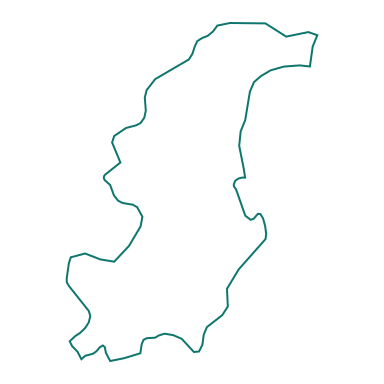 the Province of Como
{"feature_id": "ITA-5452", "entity_name": "Como", "entity_type": "Province", "adm_level": 1, "iso_a3": "ITA", "parent_name": "Italy", "parent_adm1": "", "projection": "robinson", "projection_center": [9.13, 45.942], "detail": "fine", "context": "isolated", "style": "outline", "palette": "teal", "viewbox_px": 384, "rotation_deg": 0, "n_neighbors": 0, "source": "natural_earth", "source_scale": "10m", "svg_char_len": 1473}
<svg xmlns="http://www.w3.org/2000/svg" viewBox="0 0 384 384"><path d="M70.8,257.3L85.1,253.5L100.3,259.4L114.2,261.7L129.0,245.9L140.6,226.4L142.4,216.7L137.1,207.1L132.8,204.7L122.6,203.0L118.1,200.7L113.9,195.3L110.1,184.9L105.1,180.5L104.1,179.0L103.8,177.6L104.1,176.1L105.1,174.7L120.4,162.5L112.1,142.5L114.2,136.0L126.0,128.0L136.2,125.3L140.6,123.0L144.3,117.7L145.8,110.6L144.8,97.6L146.6,90.2L155.2,79.1L188.8,59.5L189.1,59.1L192.5,53.6L194.6,46.9L197.2,41.2L202.2,38.0L207.8,35.8L213.1,31.4L217.3,25.6L229.9,23.0L265.4,23.4L286.2,36.6L308.3,32.1L317.3,35.2L312.7,46.5L309.9,66.5L299.7,65.4L288.8,66.2L283.8,66.6L270.7,70.3L261.0,76.0L254.0,82.1L249.9,91.7L245.2,120.2L240.7,131.2L239.2,145.8L243.8,169.0L245.1,177.6L241.9,177.6L238.3,178.6L235.2,180.8L233.8,184.4L233.9,186.3L234.5,187.3L235.3,188.2L236.1,189.5L245.3,215.7L250.7,219.8L253.7,218.7L257.9,213.8L260.4,214.0L263.1,218.5L265.2,226.3L266.2,234.2L265.5,239.1L238.6,269.5L227.0,288.8L227.8,306.6L222.2,315.2L206.9,327.1L203.7,334.8L202.4,344.8L199.0,351.5L193.9,352.0L181.7,338.8L173.1,335.1L164.5,333.7L158.7,335.5L155.1,337.7L146.7,338.2L143.6,339.8L141.7,344.1L140.3,353.3L124.1,358.2L110.2,361.0L105.9,352.9L104.8,347.1L102.8,345.5L100.0,347.1L96.4,351.3L93.1,353.7L85.2,355.8L81.4,359.2L77.5,351.7L72.1,346.1L69.7,341.3L75.1,336.2L80.1,332.9L85.0,328.2L88.7,322.5L90.3,316.2L88.8,311.0L68.8,285.8L66.8,282.3L66.7,278.3L68.9,263.2L70.8,257.3Z" fill="none" stroke="#0f766e" stroke-width="2"/></svg>